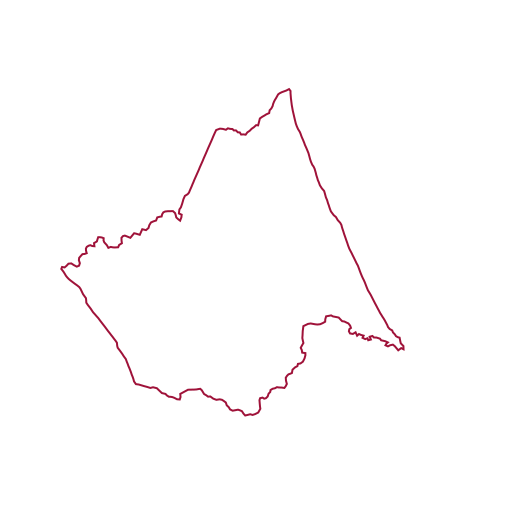 the district of Beberibe, Ceará, Brazil, rotated 24°
{"feature_id": "56859067B34230482126015", "entity_name": "Beberibe", "entity_type": "district", "adm_level": 2, "iso_a3": "BRA", "parent_name": "Brazil", "parent_adm1": "Ceará", "projection": "albers", "projection_center": [-38.102, -4.362], "detail": "fine", "context": "isolated", "style": "outline", "palette": "rose", "viewbox_px": 512, "rotation_deg": 24, "n_neighbors": 0, "source": "geoboundaries", "source_scale": "gbopen_adm2", "svg_char_len": 5519}
<svg xmlns="http://www.w3.org/2000/svg" viewBox="0 0 512 512"><g transform="rotate(24 256 256)"><path d="M336.1,362.8L336.2,360.3L334.1,357.7L332.7,355.1L333.1,352.7L333.8,350.9L335.1,349.7L336.4,348.3L335.6,345.0L337.0,341.8L338.6,339.8L338.2,337.5L340.3,336.1L341.8,333.5L342.0,329.9L341.5,326.6L340.6,324.6L337.5,325.5L336.1,323.3L334.2,321.7L334.4,318.9L334.7,316.2L333.1,314.1L331.7,312.1L330.8,309.6L330.1,307.8L329.2,305.5L328.5,303.1L327.8,300.8L331.1,296.9L333.4,295.4L337.9,294.3L340.0,293.6L342.4,292.2L344.3,290.1L345.9,287.9L345.0,285.5L344.6,282.6L347.1,280.9L348.8,279.7L350.8,279.9L354.7,279.0L356.6,278.6L359.2,279.7L361.2,280.5L363.4,279.9L365.5,280.0L367.8,280.0L370.3,281.3L372.0,283.1L371.0,284.9L371.5,287.0L373.4,288.5L376.2,287.8L378.0,285.2L380.8,287.7L381.8,285.4L384.2,285.4L386.7,285.0L386.6,287.4L389.6,287.5L391.3,285.8L392.8,287.3L394.9,285.6L392.7,283.5L394.9,281.7L396.8,282.5L399.2,281.5L402.9,281.1L404.6,282.1L406.5,281.7L408.6,281.3L411.6,281.3L410.8,283.0L410.6,284.9L413.3,284.9L414.8,283.0L417.1,281.3L419.4,281.9L422.1,283.2L424.3,284.3L426.1,281.1L428.7,281.2L427.3,278.3L423.8,276.9L422.5,275.2L420.4,272.2L418.6,272.5L416.5,272.3L414.7,271.1L412.2,270.1L410.7,268.6L407.8,268.3L405.5,267.2L404.1,265.8L399.9,262.5L397.9,261.1L396.3,260.1L394.3,258.7L392.6,257.6L390.5,255.9L388.9,254.7L386.4,252.7L383.7,250.6L381.1,248.5L379.0,246.8L376.8,245.0L374.7,243.5L372.2,241.8L369.9,239.6L366.1,235.8L364.2,234.1L362.7,232.9L361.0,231.4L358.9,229.4L357.3,227.8L354.7,225.1L352.9,223.3L350.9,221.8L348.2,219.5L345.7,217.4L344.1,216.1L342.1,214.4L339.8,212.6L338.2,211.3L335.8,208.9L334.3,207.2L332.1,204.9L329.5,202.1L327.5,200.0L325.6,197.8L324.1,196.2L322.7,194.6L321.4,192.9L319.4,191.4L316.1,190.0L313.2,187.9L310.4,187.1L306.3,184.8L304.7,183.2L303.1,181.5L301.9,180.1L300.5,178.7L298.2,176.0L296.0,174.0L294.8,172.5L293.5,170.9L291.8,168.9L288.6,167.4L285.6,165.4L283.3,163.0L281.7,161.6L280.2,159.8L278.3,157.7L276.7,155.6L274.0,152.4L272.1,150.8L270.3,149.8L267.8,147.5L266.0,145.5L264.4,143.5L262.1,140.7L259.7,138.4L258.0,136.8L255.4,134.5L254.1,133.1L251.5,130.6L249.6,128.9L248.3,127.6L247.0,126.2L245.5,124.8L242.7,122.9L240.2,120.6L238.5,118.8L236.4,116.1L235.1,114.4L230.5,108.3L227.3,103.6L223.8,97.8L221.3,93.2L220.4,91.2L218.3,90.1L216.4,92.5L213.0,95.8L211.5,97.6L210.5,99.3L210.3,101.4L210.1,103.7L209.8,105.7L209.7,107.6L209.8,110.1L210.2,112.3L210.0,115.0L209.2,117.3L209.9,120.1L207.8,122.4L206.7,124.1L205.0,126.4L203.6,128.8L204.2,132.2L204.8,135.8L202.9,136.4L201.7,139.2L200.3,141.5L199.3,144.2L197.8,146.6L197.2,149.4L195.1,150.0L193.0,151.1L190.9,149.7L189.1,150.4L186.6,149.4L184.7,150.3L182.9,149.6L180.6,150.4L178.4,150.8L177.2,152.9L174.0,153.4L171.3,154.3L168.4,157.1L168.3,160.2L168.3,162.1L168.3,164.3L168.4,167.6L168.4,171.2L168.4,173.6L168.4,177.1L168.5,182.9L168.5,185.5L168.5,188.1L168.6,190.5L168.6,193.0L168.6,195.6L168.6,198.0L168.7,200.3L168.7,203.4L168.7,207.1L168.7,209.7L168.7,212.1L168.8,214.2L168.8,216.2L168.9,218.6L168.9,220.7L168.9,223.0L169.0,225.4L168.4,227.4L166.6,230.0L166.6,233.7L166.9,235.6L167.3,238.5L167.6,242.1L167.1,244.6L167.7,246.7L168.3,248.5L171.3,248.5L172.1,251.0L172.3,254.6L169.8,254.0L167.5,253.2L166.2,251.5L164.6,249.7L161.9,248.8L157.3,250.9L154.9,252.3L153.6,253.8L153.3,256.0L153.7,258.3L152.1,259.3L150.1,260.9L150.3,264.2L148.2,266.1L146.4,268.1L146.0,271.3L146.4,274.1L145.0,277.1L141.2,277.8L141.2,281.6L141.2,283.9L137.3,284.4L135.4,284.8L134.7,287.3L133.8,290.5L130.3,290.6L127.9,290.7L126.4,291.9L125.7,294.1L126.9,296.6L128.3,298.9L126.5,301.5L126.5,304.1L123.6,305.6L121.8,306.3L119.6,306.8L117.8,308.6L115.4,306.8L111.8,305.2L110.4,303.8L109.6,301.7L107.6,301.8L105.8,302.3L104.2,303.0L104.4,305.2L104.7,307.4L102.8,310.1L104.4,312.8L102.3,313.5L100.3,313.5L98.9,314.7L97.7,316.5L97.6,318.4L98.5,320.2L100.2,322.3L98.5,323.9L96.7,324.9L95.8,327.6L95.2,329.6L95.9,331.9L98.0,334.2L98.3,336.8L96.6,338.6L93.3,338.4L90.3,337.9L87.8,339.3L86.9,342.0L85.8,344.3L83.3,344.9L83.4,347.0L86.4,348.6L88.8,350.2L90.3,351.3L92.0,352.2L94.1,353.1L96.1,353.7L98.6,354.3L101.6,355.0L104.6,355.6L107.2,356.3L108.9,357.3L110.7,358.8L112.1,360.0L113.5,361.2L115.7,362.5L117.8,363.7L118.8,365.4L120.0,367.7L122.4,369.2L124.5,370.3L126.5,371.4L128.5,372.7L130.1,373.7L132.6,374.8L134.7,375.8L137.2,376.9L139.8,378.4L143.7,380.5L146.7,382.1L149.0,383.4L151.3,384.7L153.8,386.0L155.6,387.0L157.9,388.2L160.2,389.5L162.1,390.5L164.2,391.8L165.8,394.6L167.0,396.1L168.9,397.1L171.2,398.4L173.6,399.8L176.0,401.4L179.0,403.1L181.1,405.3L182.5,406.6L184.3,408.5L186.2,410.2L189.0,413.0L190.8,415.0L192.3,416.4L193.9,418.1L195.6,420.2L198.4,421.9L201.1,421.1L206.6,420.4L209.7,419.9L213.2,419.5L215.3,417.8L219.2,417.1L221.6,418.0L225.8,419.5L229.4,418.8L231.2,419.6L233.6,420.0L235.4,419.3L237.1,418.9L239.2,418.8L242.1,419.0L244.7,418.1L244.4,415.5L242.9,412.8L248.3,405.8L254.0,403.1L255.9,402.1L257.5,401.0L259.1,400.0L261.1,400.7L264.7,403.2L267.4,403.5L269.4,404.0L271.4,402.9L275.0,403.7L278.3,403.5L281.1,401.7L283.4,401.2L285.3,401.5L288.0,402.1L290.0,404.3L292.6,405.2L294.7,406.7L297.6,406.8L299.8,405.3L302.1,403.7L304.2,403.5L306.3,403.5L308.7,405.1L311.0,406.1L313.1,404.5L315.1,402.9L317.5,402.6L319.5,400.8L321.7,398.1L322.1,393.8L320.9,391.9L319.5,389.4L317.8,386.3L317.6,384.2L319.6,382.7L321.5,383.0L322.9,381.9L323.8,379.6L323.5,376.6L324.3,374.5L323.8,372.5L325.2,370.5L327.1,369.1L328.5,367.3L330.4,366.8L332.8,365.8L335.6,365.0L336.1,362.8Z" fill="none" stroke="#9f1239" stroke-width="2"/></g></svg>